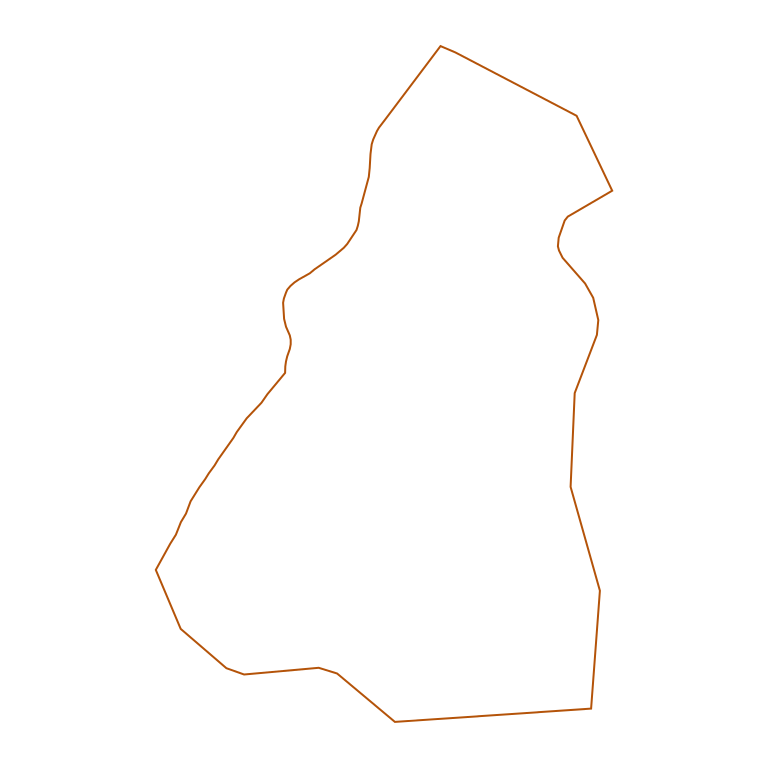 the border of Waltham Forest
{"feature_id": "GBR-2078", "entity_name": "Waltham Forest", "entity_type": "London Borough", "adm_level": 1, "iso_a3": "GBR", "parent_name": "United Kingdom", "parent_adm1": "", "projection": "robinson", "projection_center": [-0.018, 51.6], "detail": "fine", "context": "isolated", "style": "outline", "palette": "amber", "viewbox_px": 768, "rotation_deg": 0, "n_neighbors": 0, "source": "natural_earth", "source_scale": "10m", "svg_char_len": 1037}
<svg xmlns="http://www.w3.org/2000/svg" viewBox="0 0 768 768"><path d="M285.1,372.9L285.3,366.4L286.0,361.4L287.2,356.4L289.8,349.0L290.7,344.3L290.7,339.7L289.8,335.4L286.0,326.7L284.1,318.9L283.1,302.8L283.9,298.5L286.0,292.6L287.3,289.6L290.5,285.9L294.5,282.4L299.1,279.3L309.8,273.3L314.6,269.3L335.5,254.8L343.8,247.8L347.2,244.0L356.5,230.0L357.8,225.9L358.8,221.4L360.3,207.7L361.6,203.6L368.8,176.9L369.7,168.0L370.5,154.0L371.7,144.3L373.2,139.5L377.0,131.0L379.0,127.6L384.9,119.9L440.5,46.1L455.3,52.4L576.6,115.8L612.2,190.7L567.8,216.6L564.7,220.5L558.7,237.7L557.9,246.3L559.0,250.5L562.6,257.8L585.1,283.5L593.2,297.8L598.3,320.1L596.9,334.9L574.7,393.1L570.6,486.9L599.9,590.7L591.1,708.6L394.9,721.9L337.1,673.5L318.7,667.8L244.1,674.5L226.4,668.2L180.7,628.9L155.8,569.9L170.3,543.6L175.9,534.7L180.9,522.1L186.0,513.6L190.6,501.3L199.4,487.2L205.2,479.1L208.8,473.3L214.6,465.4L218.2,459.4L233.4,437.9L236.8,432.0L246.7,418.3L261.5,402.7L267.4,394.2L285.1,372.9Z" fill="none" stroke="#b45309" stroke-width="2"/></svg>